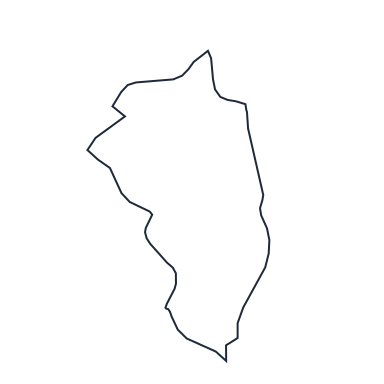 SVG path tracing the border of Lanao del Norte, rotated 119°
{"feature_id": "PHL-2573", "entity_name": "Lanao del Norte", "entity_type": "Province", "adm_level": 1, "iso_a3": "PHL", "parent_name": "Philippines", "parent_adm1": "", "projection": "robinson", "projection_center": [123.969, 7.959], "detail": "fine", "context": "isolated", "style": "outline", "palette": "slate", "viewbox_px": 384, "rotation_deg": 119, "n_neighbors": 0, "source": "natural_earth", "source_scale": "10m", "svg_char_len": 887}
<svg xmlns="http://www.w3.org/2000/svg" viewBox="0 0 384 384"><g transform="rotate(119 192 192)"><path d="M89.3,187.8L93.9,184.3L95.4,182.7L109.2,173.8L160.1,128.2L165.0,126.5L173.1,124.7L178.7,120.4L187.5,108.7L196.6,101.0L208.6,95.1L222.5,91.4L268.2,91.2L284.6,88.5L297.6,81.3L309.6,87.9L323.2,80.2L320.0,93.9L322.7,125.6L319.3,137.7L310.7,149.6L307.5,153.1L306.0,155.9L306.5,157.9L306.1,159.1L301.9,159.8L285.1,160.3L279.9,161.6L270.9,166.7L267.5,172.1L265.9,179.6L257.6,203.4L254.4,209.3L249.9,213.6L245.7,215.0L231.1,215.8L229.6,219.5L230.9,241.6L227.2,253.1L210.8,275.4L209.3,289.8L206.0,303.8L205.9,303.8L191.4,302.6L158.4,287.3L155.6,303.1L138.8,302.4L129.6,300.1L123.4,294.2L102.6,263.0L95.0,257.0L86.1,254.6L77.4,253.6L60.8,246.5L65.8,240.1L83.2,228.3L91.1,221.6L95.1,213.3L94.2,205.5L91.3,197.3L89.3,187.9L89.3,187.8Z" fill="none" stroke="#1e293b" stroke-width="2"/></g></svg>